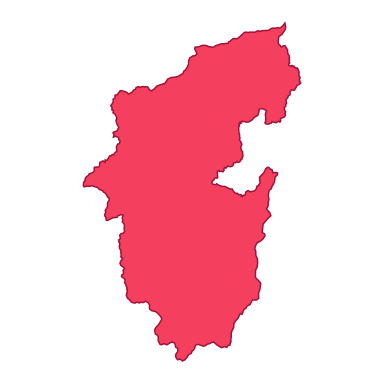 outline of Samana, Caldas, Colombia
{"feature_id": "7082276B26137922991346", "entity_name": "Samana", "entity_type": "district", "adm_level": 2, "iso_a3": "COL", "parent_name": "Colombia", "parent_adm1": "Caldas", "projection": "albers", "projection_center": [-74.983, 5.535], "detail": "fine", "context": "isolated", "style": "filled", "palette": "rose", "viewbox_px": 384, "rotation_deg": 0, "n_neighbors": 0, "source": "geoboundaries", "source_scale": "gbopen_adm2", "svg_char_len": 5980}
<svg xmlns="http://www.w3.org/2000/svg" viewBox="0 0 384 384"><path d="M216.8,344.8L221.4,347.7L224.3,346.7L226.9,347.3L227.9,345.6L230.0,345.0L230.3,342.8L231.1,341.4L230.7,339.4L231.3,337.1L231.2,333.4L232.0,330.7L233.7,327.5L233.8,324.2L234.5,322.3L238.4,317.7L239.9,313.9L240.4,313.6L241.6,314.3L242.2,314.1L243.9,309.5L245.8,308.4L247.2,305.9L250.1,304.5L252.0,300.6L253.2,300.0L256.7,300.0L258.7,298.2L258.5,292.9L259.7,290.1L260.8,283.4L258.4,280.4L256.1,278.3L255.5,276.9L255.5,270.4L256.9,267.7L257.7,262.6L257.3,258.5L255.8,255.2L255.8,251.2L254.7,248.2L256.7,243.2L260.0,241.4L263.1,238.9L265.0,235.7L264.5,233.7L262.2,232.6L263.1,224.1L268.2,218.1L270.9,215.8L269.7,212.5L267.4,210.2L266.6,208.6L267.8,206.8L268.3,204.9L268.1,203.0L268.9,199.7L268.3,195.0L268.9,191.5L269.3,190.3L271.5,188.6L271.6,187.1L273.7,183.7L274.9,179.8L275.0,177.1L277.3,175.0L277.6,173.1L276.7,172.5L272.7,172.7L272.3,170.2L271.7,169.5L270.0,168.9L268.6,167.2L267.3,167.5L265.8,168.7L263.7,172.9L259.6,177.1L259.7,180.9L260.2,182.9L258.8,184.7L258.4,185.9L257.0,186.1L256.2,189.0L255.1,190.4L253.5,191.2L249.8,191.7L248.5,190.7L247.6,190.7L245.7,192.1L245.1,195.2L243.7,195.2L242.2,196.6L241.4,196.2L241.8,195.4L241.2,194.7L239.0,194.6L237.1,193.2L236.7,193.7L234.7,192.7L233.2,191.0L232.3,189.0L230.2,189.0L224.6,186.4L222.1,186.4L218.5,185.1L216.7,183.8L215.9,184.7L212.4,184.1L212.0,183.3L212.2,181.2L214.1,179.9L214.5,178.3L216.0,177.8L216.8,178.2L217.0,177.7L217.7,177.6L217.3,172.4L217.7,170.9L219.2,170.9L219.8,171.5L221.1,171.1L222.8,171.9L224.1,170.4L223.8,169.1L224.6,167.5L225.8,168.2L227.8,166.2L230.1,166.7L232.1,166.3L233.4,164.7L233.3,163.5L233.9,162.9L235.8,162.7L236.6,161.6L238.1,162.4L239.1,162.1L240.7,160.8L240.8,159.4L242.1,158.9L242.2,157.1L242.8,156.7L242.9,155.9L242.6,152.6L242.5,151.5L241.7,151.0L240.7,147.5L241.8,144.4L240.9,141.8L239.4,140.0L240.0,138.4L239.5,135.9L239.7,134.6L239.0,133.1L238.7,129.3L238.7,127.4L239.4,125.8L238.9,124.4L241.0,123.2L239.8,122.7L242.1,121.1L242.9,121.8L244.2,121.4L246.2,122.1L248.6,122.0L252.4,119.7L254.0,117.6L257.6,115.4L258.3,114.3L259.3,109.1L261.3,108.6L263.4,109.0L266.5,110.5L265.3,114.4L265.8,117.9L265.6,121.4L264.9,122.7L265.7,123.9L268.5,124.1L271.5,122.9L272.0,121.7L276.1,122.7L278.5,121.2L279.7,122.1L280.2,122.0L280.7,120.8L280.5,119.1L281.0,118.2L283.9,117.3L285.4,115.5L285.1,113.5L285.6,111.6L284.5,110.1L284.4,107.6L285.7,106.2L285.6,104.3L286.6,103.6L285.9,99.8L288.0,97.3L288.2,96.0L290.1,94.7L290.1,92.0L291.2,90.1L291.6,89.8L294.4,90.3L297.0,85.7L300.7,83.3L300.4,82.2L299.4,81.4L299.7,80.4L299.4,78.7L300.2,77.7L298.9,75.5L299.1,72.1L297.5,68.0L296.3,68.6L295.7,67.7L294.4,67.2L294.0,66.1L292.3,66.4L292.5,65.9L292.0,65.4L291.0,66.1L288.7,65.4L288.9,63.6L289.7,62.9L289.1,62.2L289.6,60.2L289.0,58.9L289.5,58.0L289.2,55.7L288.1,54.4L287.7,52.7L287.5,49.8L285.1,45.8L283.4,45.7L281.6,47.2L280.9,46.8L280.1,45.2L278.6,44.3L278.1,41.4L278.9,36.4L281.8,34.6L285.3,29.3L285.7,27.0L284.9,23.0L282.6,26.0L279.9,28.2L277.4,27.7L275.3,28.2L273.4,28.1L271.1,28.5L268.8,30.3L262.0,30.7L259.8,31.4L257.9,30.7L255.0,32.2L250.1,32.1L248.3,32.5L246.0,32.1L244.3,32.5L238.1,38.2L236.4,38.9L234.1,38.4L232.8,38.9L229.6,41.6L228.5,41.9L228.1,43.3L221.1,43.9L215.4,45.8L213.3,47.3L209.1,46.7L206.6,45.6L204.4,45.3L202.4,45.4L198.5,46.9L195.1,47.1L194.7,49.0L196.6,52.7L196.5,54.5L195.2,55.5L192.7,56.0L189.6,58.1L188.6,61.0L188.6,63.9L187.7,66.2L185.5,70.1L183.9,71.0L183.0,73.4L181.3,74.5L177.1,76.8L171.3,77.5L168.0,78.8L164.8,83.3L157.1,85.9L153.7,89.4L151.5,90.7L149.4,89.9L148.3,87.7L147.5,86.9L141.7,86.6L140.1,87.5L138.6,86.6L136.2,87.4L135.4,89.2L133.8,90.0L131.8,92.4L128.5,94.1L127.3,92.7L125.0,91.6L121.3,90.6L120.2,90.8L117.2,94.8L115.1,95.1L115.0,97.9L113.1,99.2L113.2,101.8L112.8,102.9L110.7,105.6L112.1,107.5L111.8,109.7L113.3,110.5L113.0,112.8L115.1,114.3L116.7,117.4L116.8,118.9L116.0,120.1L116.2,121.6L117.0,124.3L118.8,127.2L117.1,130.9L113.8,132.0L113.0,132.9L114.0,134.5L113.4,137.1L115.4,136.3L117.6,136.9L118.6,137.8L118.8,139.7L120.1,140.9L119.4,143.7L117.7,144.1L116.4,146.7L116.8,151.1L114.3,153.4L113.7,154.8L112.4,154.5L110.7,155.9L109.6,155.9L107.2,160.2L105.1,160.0L105.0,162.3L103.0,160.9L99.9,162.3L99.4,166.3L98.7,167.0L94.9,167.1L94.1,168.0L94.4,170.1L93.5,171.9L92.1,172.9L89.2,173.8L88.4,175.3L86.1,177.1L85.1,178.9L84.9,180.9L83.7,182.2L83.3,185.4L84.2,186.9L86.9,186.1L89.6,186.3L91.6,185.7L97.5,187.5L99.3,189.4L102.6,190.7L103.1,191.7L105.6,193.4L108.0,197.6L109.2,198.0L109.1,200.3L107.6,202.7L107.4,206.9L105.2,210.5L105.8,212.4L104.9,213.9L104.7,215.9L105.7,216.8L106.3,220.3L106.8,220.5L108.7,219.9L112.7,217.8L117.1,217.3L117.8,215.9L120.6,214.8L122.8,214.9L122.9,216.0L122.2,218.1L122.8,220.2L122.3,221.8L124.1,224.0L124.4,225.7L124.1,228.9L124.7,231.4L123.0,233.3L121.2,233.6L120.4,234.2L119.7,235.4L120.4,238.5L118.6,240.1L119.1,241.1L118.8,242.0L119.7,243.0L119.8,245.2L119.3,246.1L119.5,248.2L121.0,250.9L120.8,252.6L121.2,254.9L120.8,256.8L122.6,258.4L120.5,261.4L120.0,263.7L121.0,265.5L123.7,267.4L124.4,268.9L123.1,270.3L123.6,274.1L121.9,274.8L121.5,276.7L124.4,278.7L125.2,279.9L124.5,282.8L125.9,284.4L126.1,286.2L127.2,288.0L126.7,289.4L127.3,290.5L127.2,291.6L126.3,295.0L127.5,298.3L128.8,299.1L131.1,301.9L133.8,303.0L135.1,303.1L136.4,302.3L138.9,302.5L139.2,303.0L140.2,302.4L143.5,302.5L145.5,301.3L148.2,302.7L149.7,305.4L149.3,308.0L149.9,309.3L151.9,310.8L154.9,311.4L156.9,312.4L160.2,315.9L161.6,318.3L161.5,319.7L158.8,324.4L155.9,327.4L154.6,329.9L155.4,334.0L157.5,335.3L158.2,336.4L158.2,340.9L159.9,344.2L161.1,344.8L164.2,343.7L166.9,344.8L171.2,342.2L173.8,342.4L175.3,344.6L175.5,346.8L176.4,347.7L177.9,348.4L177.7,351.6L175.7,354.5L175.6,356.6L177.4,359.7L180.4,359.1L182.4,361.0L184.8,359.9L186.8,357.7L188.8,354.4L191.2,353.5L192.2,350.9L193.5,350.1L194.6,348.3L195.3,345.5L196.5,344.7L198.5,344.5L203.5,346.2L205.3,345.7L207.6,344.0L209.7,343.7L211.3,342.6L213.8,342.1L216.8,344.8Z" fill="#f43f5e" stroke="#9f1239" stroke-width="1.5"/></svg>